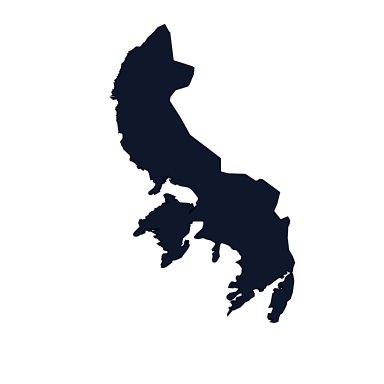 Ulstein nor, Møre og Romsdal, Norway (Albers equal-area conic projection), rotated 326°
{"feature_id": "86288312B47478936056679", "entity_name": "Ulstein nor", "entity_type": "district", "adm_level": 2, "iso_a3": "NOR", "parent_name": "Norway", "parent_adm1": "Møre og Romsdal", "projection": "albers", "projection_center": [5.867, 62.327], "detail": "fine", "context": "isolated", "style": "filled", "palette": "ink", "viewbox_px": 384, "rotation_deg": 326, "n_neighbors": 0, "source": "geoboundaries", "source_scale": "gbopen_adm2", "svg_char_len": 6091}
<svg xmlns="http://www.w3.org/2000/svg" viewBox="0 0 384 384"><g transform="rotate(326 192 192)"><path d="M262.8,38.1L255.7,36.9L249.9,38.6L242.2,39.7L236.1,42.1L235.5,41.7L230.1,43.3L226.9,40.8L220.4,41.3L218.5,40.6L218.4,41.4L216.0,41.7L216.0,42.5L211.4,44.4L211.4,45.2L210.2,45.5L210.1,46.3L205.3,46.9L205.0,47.7L201.9,50.8L201.0,50.8L201.0,51.6L199.4,51.9L199.3,53.1L196.5,53.8L196.0,55.4L194.8,54.9L194.8,55.8L190.7,56.4L191.1,57.6L190.2,57.6L189.8,58.8L188.6,58.3L188.3,59.5L187.5,60.7L187.6,61.9L186.8,61.9L186.8,62.7L186.0,62.6L185.5,63.8L183.5,63.3L183.5,64.1L181.5,64.5L180.9,67.7L179.7,67.6L182.1,69.5L181.5,71.5L178.0,68.8L178.7,71.2L179.8,71.0L179.9,71.7L181.5,72.0L182.1,73.0L181.8,74.2L182.6,74.2L180.4,79.0L179.2,78.5L179.2,79.3L176.3,79.6L175.9,80.8L175.1,80.8L175.2,82.8L174.7,84.0L173.2,86.3L172.4,86.3L172.3,88.3L171.5,88.3L171.5,89.5L170.7,89.5L169.6,91.0L169.5,92.7L169.0,93.8L166.0,99.8L165.9,100.6L164.9,101.7L165.7,101.8L165.8,102.6L167.1,103.8L167.4,104.4L167.2,105.7L165.0,109.2L161.1,110.6L160.1,114.5L160.3,116.0L159.6,118.0L161.6,126.9L160.2,129.9L159.2,130.1L158.7,131.1L159.1,132.0L159.7,132.1L161.4,136.0L161.8,139.6L160.9,140.4L160.8,142.5L163.5,143.7L163.4,145.3L163.9,146.4L164.9,145.9L166.0,146.5L167.7,149.7L167.5,151.4L167.8,151.5L165.0,158.7L167.0,159.4L166.8,161.3L166.1,161.9L166.1,162.7L167.0,164.0L166.7,165.4L165.7,166.6L162.2,167.8L156.5,168.2L155.5,169.0L155.5,170.0L156.7,171.1L160.1,171.4L160.0,172.9L165.3,173.3L165.4,172.5L168.2,171.1L171.8,168.1L174.1,168.8L174.3,166.3L175.0,166.3L175.2,167.9L176.2,168.3L176.8,166.5L178.0,166.1L178.8,166.6L176.8,165.3L176.5,164.2L178.4,164.3L179.9,165.6L179.1,166.5L181.0,166.1L180.8,166.4L181.7,167.1L181.4,167.5L182.1,167.7L182.1,168.4L183.5,169.0L182.9,169.6L183.0,170.7L180.7,170.2L179.9,169.1L180.6,170.3L180.0,172.4L182.5,176.5L184.3,176.6L185.9,179.9L191.4,185.1L193.1,188.1L193.9,191.8L194.4,200.6L192.9,202.2L189.5,203.6L189.2,205.6L188.6,206.3L186.9,206.0L185.2,207.2L182.4,207.9L178.5,208.0L178.7,207.2L180.9,206.5L184.4,206.6L184.9,205.6L184.6,204.6L185.4,203.2L185.5,201.9L184.4,201.8L183.1,202.7L182.0,202.1L183.2,200.7L183.1,200.1L175.7,194.4L174.8,190.0L172.9,187.4L175.1,186.4L171.0,180.3L169.1,179.1L166.9,179.1L166.5,183.1L165.1,184.7L166.1,186.8L161.2,185.4L158.5,186.9L156.9,185.8L153.1,186.2L152.2,185.2L151.1,186.3L149.5,186.7L147.9,186.0L144.8,186.1L144.0,187.0L142.6,187.3L139.8,187.1L139.2,188.8L138.0,189.2L136.3,188.1L135.1,188.2L134.4,186.5L133.7,186.9L133.3,186.1L130.6,188.1L130.3,190.4L129.4,192.1L122.3,193.5L120.4,194.2L119.8,195.0L120.0,196.3L121.4,197.4L123.8,198.0L125.2,197.7L127.3,198.8L128.6,197.4L129.6,197.5L129.0,199.0L129.9,199.2L131.7,197.4L133.3,197.4L133.3,198.6L134.1,198.8L134.6,200.4L136.2,199.6L135.9,201.1L136.6,201.4L137.8,200.6L143.5,204.2L142.5,204.5L137.1,203.0L139.4,207.9L137.9,208.5L135.9,207.7L136.1,209.4L136.9,209.8L138.3,212.8L138.1,213.5L138.7,214.2L138.8,215.5L138.0,216.1L134.7,215.7L135.4,218.0L136.4,218.5L136.4,219.7L137.2,221.2L137.4,222.9L136.4,223.7L136.7,224.6L138.9,226.5L139.1,227.9L137.9,229.4L136.8,229.6L133.8,227.6L132.0,228.2L129.3,231.2L129.7,232.8L125.9,235.1L126.4,235.7L124.8,237.3L126.4,238.5L128.7,239.1L136.0,238.7L136.6,237.4L138.0,237.4L140.6,238.8L146.3,239.9L156.9,236.2L159.6,234.6L160.0,234.0L159.3,232.9L161.4,231.2L161.7,230.3L161.0,230.0L159.2,231.8L158.4,231.9L158.3,231.3L160.1,229.7L159.8,228.7L158.4,229.3L156.6,231.5L152.8,232.3L152.1,231.2L152.4,230.0L154.9,229.1L155.1,227.9L158.4,224.8L166.7,223.6L169.7,220.5L170.1,219.3L171.4,219.0L172.1,217.2L173.3,216.9L174.3,217.7L175.9,216.3L177.2,216.7L185.0,221.9L185.3,223.6L183.6,226.0L180.1,228.8L173.0,229.6L168.9,230.9L168.9,231.6L171.0,233.9L176.0,235.9L178.1,239.1L180.8,241.9L183.4,247.4L182.1,249.3L176.7,251.2L176.6,252.1L178.1,253.0L178.0,254.3L174.5,255.0L174.1,256.9L170.8,260.3L170.7,261.8L172.2,262.8L173.8,262.7L178.6,260.4L180.0,257.1L183.6,252.9L186.1,250.5L187.9,250.2L189.3,251.2L192.8,256.2L193.9,258.8L193.7,260.5L194.4,262.6L196.7,264.4L197.4,268.3L197.1,270.6L197.6,273.1L195.6,275.5L194.7,275.8L189.7,275.2L191.2,278.0L191.4,283.3L187.8,287.8L184.8,288.7L182.5,287.1L181.3,287.4L180.3,288.8L180.3,290.9L178.7,291.9L177.3,291.8L174.7,289.0L172.3,289.5L169.3,291.6L172.6,294.3L174.1,294.5L177.2,297.8L177.1,298.9L172.6,299.9L166.6,297.4L163.1,298.0L162.1,299.1L161.9,300.1L162.8,302.4L163.8,303.1L167.6,303.1L171.6,302.1L174.9,302.2L177.2,303.3L176.2,305.8L174.6,306.3L170.1,304.9L168.8,305.6L168.4,306.8L166.5,306.9L165.9,305.8L163.9,304.8L162.8,305.1L162.9,308.1L162.4,309.2L160.2,309.7L158.3,308.7L158.0,309.1L158.3,310.3L157.3,311.3L153.2,313.3L152.9,314.0L160.5,311.9L160.6,312.9L167.9,314.0L174.2,312.7L178.9,313.3L180.7,312.6L185.1,312.9L186.4,311.2L186.9,309.4L186.8,307.6L188.0,306.6L190.9,307.6L193.4,309.6L192.8,310.2L193.1,311.2L192.6,312.1L194.8,313.2L196.3,313.1L197.0,311.8L199.0,312.4L201.9,310.6L203.8,311.9L216.5,311.2L217.5,311.8L218.3,313.6L219.5,313.6L219.4,312.9L220.7,312.9L220.4,312.2L219.4,312.2L218.8,310.8L219.5,310.5L224.7,312.5L225.3,312.0L225.1,311.0L225.5,310.1L226.6,310.1L229.4,314.3L230.4,314.0L233.4,310.7L237.3,307.9L238.9,301.9L239.5,293.9L245.0,283.3L251.8,274.2L254.5,272.7L256.9,270.1L257.2,266.3L249.6,264.8L248.8,253.3L255.3,249.2L264.2,241.3L257.0,221.1L254.9,219.5L253.2,219.9L250.6,218.8L245.9,207.4L232.1,197.4L226.6,191.3L234.1,180.0L221.7,143.7L223.5,123.4L223.9,103.6L227.1,100.5L235.5,97.8L247.5,101.5L249.6,101.0L259.1,94.7L262.8,90.2L261.9,88.2L249.6,72.6L262.3,47.6L262.2,44.6L262.8,38.1ZM223.1,315.1L221.3,315.8L219.3,317.7L217.0,317.9L215.1,316.8L212.8,316.7L211.5,317.7L212.5,319.0L211.1,319.1L210.4,320.1L210.8,321.2L213.9,321.0L213.2,322.8L212.1,323.3L209.0,321.9L208.4,320.2L206.7,318.7L204.9,319.0L205.1,321.6L202.2,321.7L195.6,328.5L191.7,330.6L195.1,332.5L194.3,334.3L189.8,337.6L187.3,335.8L184.8,338.5L184.7,340.5L187.7,342.7L184.9,343.5L187.3,346.0L190.8,347.1L193.9,344.0L196.7,342.2L198.8,342.5L203.2,340.4L207.3,337.8L209.2,335.6L213.7,335.2L219.0,331.0L226.3,322.8L229.0,317.0L229.3,314.9L223.1,315.1Z" fill="#0f172a" stroke="#020617" stroke-width="1.5"/></g></svg>